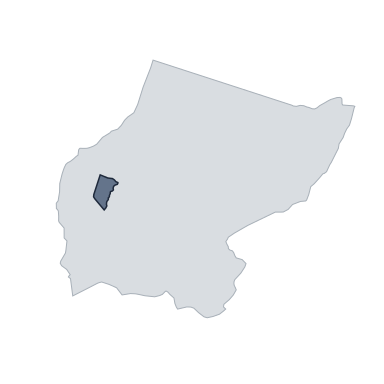 Uganda, with Katakwi highlighted, rotated 198°
{"feature_id": "UGA-3122", "entity_name": "Katakwi", "entity_type": "County", "adm_level": 1, "iso_a3": "UGA", "parent_name": "Uganda", "parent_adm1": "", "projection": "mercator", "projection_center": [33.928, 1.964], "detail": "fine", "context": "in_parent", "style": "filled", "palette": "slate", "viewbox_px": 384, "rotation_deg": 198, "n_neighbors": 0, "source": "natural_earth", "source_scale": "10m", "svg_char_len": 2755}
<svg xmlns="http://www.w3.org/2000/svg" viewBox="0 0 384 384"><g transform="rotate(198 192 192)"><path d="M269.8,305.4L264.6,305.4L256.2,305.4L247.7,305.4L239.2,305.4L230.8,305.4L222.3,305.4L213.8,305.4L205.3,305.4L196.9,305.4L188.4,305.4L179.9,305.4L171.4,305.4L163.0,305.4L154.5,305.4L146.0,305.4L137.5,305.4L129.1,305.4L124.1,305.4L123.1,305.3L122.4,305.1L119.2,305.7L115.9,307.8L112.3,308.6L108.6,308.3L108.1,308.5L106.2,308.5L103.4,308.3L101.0,308.9L99.1,310.7L97.1,313.8L93.7,317.4L90.9,320.6L88.6,322.9L83.3,326.6L80.5,327.7L79.0,327.5L78.2,326.8L76.5,322.1L75.5,321.3L65.2,323.8L63.6,323.8L63.8,322.3L63.0,311.1L62.9,304.2L64.3,299.9L65.0,295.0L65.1,290.6L67.0,283.2L66.3,278.7L68.7,263.1L69.4,260.5L70.3,252.9L71.9,250.6L73.2,249.7L75.0,245.1L78.3,237.7L80.7,233.8L80.2,225.5L80.5,219.8L81.1,218.6L86.0,216.5L92.5,211.2L95.2,205.1L99.1,201.1L106.6,198.6L128.7,177.4L139.0,166.0L143.5,160.2L143.7,158.1L144.5,155.3L142.7,153.2L140.6,151.2L139.9,149.4L138.0,148.5L135.4,148.5L133.6,147.2L131.6,144.7L129.6,143.0L123.4,143.2L118.5,140.6L118.6,137.0L120.5,129.9L124.2,121.9L124.3,119.6L123.8,117.7L122.9,116.1L121.3,114.5L119.7,112.6L120.9,106.8L123.3,101.1L125.1,98.2L127.0,95.0L126.5,92.4L123.8,91.1L125.2,88.6L128.1,84.3L133.7,80.0L138.7,77.1L142.0,77.0L148.5,79.3L154.3,82.1L157.5,82.2L161.4,81.1L169.5,76.2L171.4,77.8L173.8,80.7L176.4,85.6L181.4,87.8L183.9,89.3L185.6,89.8L186.6,89.4L188.5,85.5L190.8,83.5L195.1,80.8L204.6,78.8L211.4,78.1L214.3,77.7L219.1,76.4L226.7,72.5L234.1,77.6L242.3,78.5L250.1,78.5L252.5,77.0L253.9,75.8L262.1,67.5L273.3,56.3L280.8,72.1L283.3,73.0L283.0,74.4L282.3,75.7L287.2,79.6L293.2,81.6L295.3,83.5L295.5,85.6L293.5,94.9L293.9,97.5L295.8,106.8L299.4,108.8L302.5,118.2L308.9,122.1L309.9,123.3L311.3,127.8L313.3,132.7L314.8,133.9L315.8,134.2L317.6,139.4L316.6,142.3L318.0,151.3L320.4,159.3L321.1,168.9L321.1,173.1L321.0,175.7L320.5,179.3L319.3,181.4L317.3,183.4L315.0,186.7L313.1,190.1L311.8,191.8L312.8,197.0L312.5,198.3L312.0,199.0L309.1,199.8L305.4,201.1L303.2,202.5L300.0,205.1L297.4,208.0L294.0,216.3L288.4,222.8L287.5,224.9L282.1,228.8L279.8,233.6L278.3,239.4L276.2,243.6L271.8,249.4L270.7,258.4L270.9,276.6L269.7,297.3L269.8,305.4Z" fill="#d9dde1" stroke="#a8b0b8" stroke-width="1"/><path d="M265.4,176.2L267.2,174.9L268.3,173.2L268.2,171.3L267.4,169.7L268.0,168.4L269.6,167.2L269.6,166.3L269.3,165.3L269.5,163.1L269.2,162.4L269.2,161.6L269.5,161.1L269.8,160.6L269.7,160.1L269.3,159.7L269.3,158.8L269.6,157.9L270.0,156.9L270.0,155.8L269.5,153.7L269.0,153.1L268.7,152.3L269.1,150.0L270.0,147.8L282.3,155.5L284.1,157.0L284.6,159.3L284.6,164.4L284.6,179.9L276.5,179.3L274.2,179.7L271.8,180.2L269.5,179.5L267.6,178.3L265.4,178.1L265.2,177.3L265.4,176.2Z" fill="#64748b" stroke="#1e293b" stroke-width="1.5"/></g></svg>